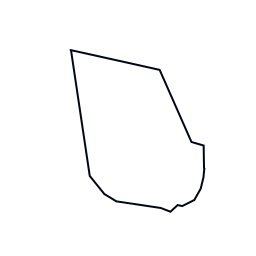 outline of Hammarö, Värmland, Sweden, rotated 147°
{"feature_id": "70781695B82553413626675", "entity_name": "Hammarö", "entity_type": "district", "adm_level": 2, "iso_a3": "SWE", "parent_name": "Sweden", "parent_adm1": "Värmland", "projection": "orthographic", "projection_center": [13.565, 59.195], "detail": "fine", "context": "isolated", "style": "outline", "palette": "ink", "viewbox_px": 256, "rotation_deg": 147, "n_neighbors": 0, "source": "geoboundaries", "source_scale": "gbopen_adm2", "svg_char_len": 396}
<svg xmlns="http://www.w3.org/2000/svg" viewBox="0 0 256 256"><g transform="rotate(147 128 128)"><path d="M133.6,224.5L133.8,224.2L133.7,223.7L186.2,108.6L183.9,86.5L183.9,85.7L177.7,72.8L144.1,43.1L138.0,34.7L128.3,36.3L125.1,33.0L111.6,31.5L100.1,37.5L91.8,45.3L86.0,52.5L86.1,52.8L86.0,53.1L74.1,72.1L82.4,81.7L69.8,159.5L133.6,224.5Z" fill="none" stroke="#020617" stroke-width="2"/></g></svg>